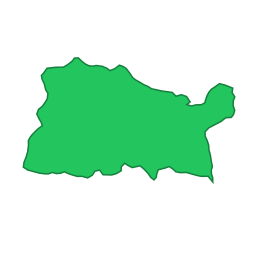 outline of Agronômica, Santa Catarina, Brazil, rotated 106°
{"feature_id": "56859067B26785217747233", "entity_name": "Agronômica", "entity_type": "district", "adm_level": 2, "iso_a3": "BRA", "parent_name": "Brazil", "parent_adm1": "Santa Catarina", "projection": "albers", "projection_center": [-49.723, -27.321], "detail": "fine", "context": "isolated", "style": "filled", "palette": "green", "viewbox_px": 256, "rotation_deg": 106, "n_neighbors": 0, "source": "geoboundaries", "source_scale": "gbopen_adm2", "svg_char_len": 1745}
<svg xmlns="http://www.w3.org/2000/svg" viewBox="0 0 256 256"><g transform="rotate(106 128 128)"><path d="M92.9,222.3L98.0,224.1L101.4,225.7L105.0,223.9L108.8,220.5L113.9,217.7L116.8,214.5L122.2,213.7L125.5,214.5L130.7,216.3L134.7,219.1L139.7,219.5L143.8,215.9L146.4,213.1L149.5,211.0L153.0,213.9L156.6,216.0L160.8,218.3L164.0,219.5L167.5,220.3L172.0,218.9L178.6,217.9L184.0,217.9L189.7,218.5L194.5,217.8L196.0,212.7L195.9,206.7L195.8,200.8L195.1,196.0L194.1,192.0L191.7,188.7L191.5,184.1L190.1,180.3L187.6,177.1L188.3,172.9L188.5,168.0L188.5,163.4L187.1,158.8L187.1,153.0L183.1,149.2L178.6,147.9L176.3,143.6L179.8,139.1L177.6,130.6L174.9,126.4L171.0,122.8L167.3,123.8L162.8,121.4L164.1,117.4L164.9,113.1L162.8,109.2L161.0,105.9L163.2,101.1L166.2,96.1L169.2,92.5L170.7,88.7L167.5,87.2L164.2,87.7L159.8,87.4L156.5,81.7L153.7,77.7L155.0,73.7L156.9,69.9L156.5,65.3L154.7,59.9L154.6,48.5L154.3,44.2L152.3,37.7L156.6,31.6L152.3,32.9L149.5,34.9L145.8,36.3L141.7,36.3L138.1,38.2L134.6,39.9L131.4,41.3L126.8,44.1L122.5,45.6L118.4,48.3L114.5,51.6L110.4,52.9L105.5,50.3L101.0,45.6L96.0,40.3L91.2,36.9L89.4,31.7L86.1,30.3L81.6,30.3L77.5,33.1L73.0,34.3L68.7,33.9L65.3,37.7L60.8,38.3L60.4,42.3L60.0,46.9L60.2,52.3L64.2,55.5L68.0,58.7L71.3,60.1L75.1,60.9L79.2,61.1L82.6,61.1L85.4,63.9L87.2,69.5L89.4,73.0L89.3,77.9L85.8,75.5L81.6,80.4L81.3,85.9L84.2,90.6L81.6,95.3L82.4,100.8L83.2,106.4L83.4,111.4L83.8,116.0L82.5,120.6L82.0,124.8L80.9,128.6L79.9,133.1L78.3,137.4L74.8,141.4L71.3,146.2L70.2,149.6L70.0,153.6L74.6,157.0L77.8,161.2L76.4,164.8L75.8,169.8L76.7,175.8L78.3,178.9L78.9,182.8L78.3,186.5L76.7,190.5L74.3,195.1L75.6,198.8L78.8,199.9L83.8,203.5L87.3,206.8L89.5,214.1L91.4,218.8L92.9,222.3Z" fill="#22c55e" stroke="#15803d" stroke-width="1.5"/></g></svg>